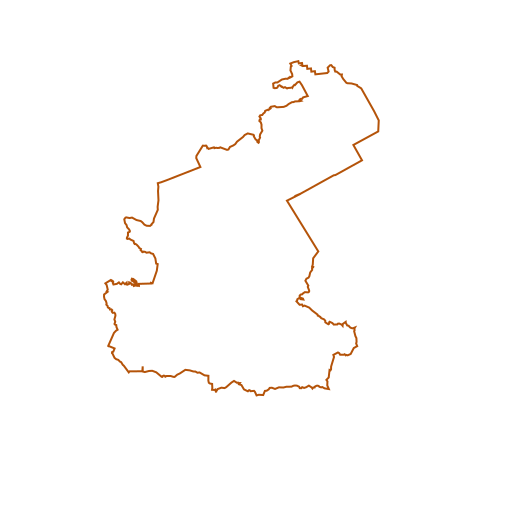 outline of San Juanito de Escobedo, Jalisco, Mexico, rotated 61°
{"feature_id": "50627088B12076447392742", "entity_name": "San Juanito de Escobedo", "entity_type": "district", "adm_level": 2, "iso_a3": "MEX", "parent_name": "Mexico", "parent_adm1": "Jalisco", "projection": "albers", "projection_center": [-104.014, 20.814], "detail": "fine", "context": "isolated", "style": "outline", "palette": "amber", "viewbox_px": 512, "rotation_deg": 61, "n_neighbors": 0, "source": "geoboundaries", "source_scale": "gbopen_adm2", "svg_char_len": 6145}
<svg xmlns="http://www.w3.org/2000/svg" viewBox="0 0 512 512"><g transform="rotate(61 256 256)"><path d="M400.0,264.2L401.1,264.0L402.5,262.7L402.7,261.6L405.0,260.2L407.7,256.8L403.7,256.4L400.3,254.3L398.5,254.5L397.5,251.3L391.3,246.9L392.1,246.3L391.5,245.3L389.1,243.9L382.1,236.7L380.0,236.3L380.1,231.1L381.4,230.3L383.1,230.3L384.9,227.1L384.9,226.1L386.4,225.7L386.4,224.8L387.3,224.0L387.6,220.7L383.9,215.1L383.9,211.2L381.0,210.8L379.9,209.7L376.5,208.0L374.3,207.9L369.3,206.6L368.7,205.7L367.2,205.2L366.5,204.1L366.2,206.4L365.2,207.6L363.9,208.4L361.9,208.8L361.0,209.9L358.0,209.9L357.1,209.5L357.5,213.1L359.0,214.1L357.5,214.4L355.4,216.0L354.9,217.2L355.3,218.0L353.7,221.2L351.7,221.7L349.2,223.5L349.4,224.1L350.8,225.2L350.8,225.8L347.9,227.4L347.4,227.5L346.2,226.8L344.4,227.2L342.0,229.1L340.3,229.3L339.9,229.8L338.6,230.2L338.1,230.9L337.0,230.6L330.9,233.3L326.9,234.5L322.9,237.6L322.7,239.3L320.8,239.2L319.8,241.5L315.2,242.6L314.9,241.6L313.9,240.9L313.7,239.2L314.0,238.0L315.3,238.0L317.0,235.7L316.0,235.6L314.0,237.4L312.8,237.6L311.8,237.0L311.4,235.6L311.9,234.1L311.5,233.1L311.3,230.8L313.1,228.0L313.0,227.0L312.4,226.4L311.1,226.1L308.1,225.7L307.3,224.6L301.6,224.8L300.3,222.9L300.4,220.6L299.6,219.2L296.7,216.6L295.4,213.6L293.8,212.9L293.6,211.5L293.3,211.2L292.4,212.0L291.0,210.5L285.7,207.1L282.2,199.3L222.6,202.1L223.1,189.9L222.7,190.4L223.1,186.6L223.1,148.9L223.7,147.3L223.7,116.9L206.1,117.0L206.3,88.7L196.9,82.9L186.7,82.5L160.4,82.7L156.3,85.0L155.5,84.7L151.4,88.8L149.2,92.3L148.3,93.0L143.4,93.9L140.3,94.0L138.9,92.9L138.2,94.3L133.8,96.1L133.1,97.3L131.4,97.0L129.4,96.0L127.9,97.3L125.6,97.6L125.1,98.7L126.0,102.0L129.9,103.1L130.5,105.0L125.9,116.0L122.9,114.9L121.6,118.2L118.6,117.0L117.2,120.4L114.3,119.2L112.5,123.1L111.4,123.8L111.6,122.9L109.5,122.2L108.3,125.2L106.1,124.5L104.8,128.9L104.3,132.7L107.0,132.7L107.1,133.6L110.4,135.9L114.5,136.2L116.5,137.1L116.5,138.9L115.9,139.4L116.5,140.3L115.9,141.0L116.4,142.4L115.3,144.1L114.2,147.7L114.6,153.2L113.6,155.0L113.5,157.4L117.4,159.1L118.3,158.3L119.1,156.4L119.0,155.6L117.9,154.0L118.1,152.5L120.3,151.7L120.2,151.3L122.2,150.4L122.4,148.8L124.5,147.6L124.5,146.7L125.8,143.9L126.0,142.4L126.3,142.4L125.6,141.4L124.9,139.5L125.4,139.1L124.2,135.6L124.6,133.4L128.8,133.0L141.2,133.2L140.1,137.9L140.9,139.4L140.3,140.5L140.3,141.9L140.9,142.8L141.4,141.7L142.2,141.3L141.7,143.0L139.7,147.0L139.6,148.5L138.9,150.0L138.9,153.7L139.4,156.5L139.0,159.5L136.3,165.2L135.8,165.9L134.0,166.9L132.7,170.6L133.1,171.9L134.0,171.7L134.1,172.1L134.0,173.5L134.3,174.0L133.9,174.1L133.5,177.6L134.7,178.8L134.9,180.5L135.7,182.1L135.0,184.1L135.7,185.4L137.9,185.1L138.9,185.6L138.5,186.6L139.5,187.6L141.5,187.0L143.8,187.5L146.8,189.2L149.5,189.7L151.6,193.4L153.3,194.8L154.4,195.0L156.1,197.5L157.9,198.3L158.2,198.9L157.0,199.5L155.2,199.0L154.0,199.8L150.3,199.9L149.5,199.3L148.7,199.5L144.8,203.8L144.7,207.3L145.6,209.6L146.8,217.2L148.1,219.9L148.3,222.3L148.0,225.9L149.5,228.5L149.1,229.9L143.6,234.6L143.7,235.5L142.9,237.3L142.0,238.4L141.5,240.1L140.6,240.1L139.3,245.6L137.4,245.9L137.5,246.2L136.0,245.9L135.1,246.2L135.0,247.0L133.7,249.0L139.6,259.6L141.4,260.8L151.2,261.5L146.4,297.5L145.5,303.3L144.7,306.6L148.1,307.8L151.7,310.2L160.0,314.3L165.3,318.2L168.0,319.5L173.8,327.1L176.6,329.2L177.6,332.1L178.0,332.2L178.3,334.1L176.5,337.0L174.5,338.4L171.3,339.1L169.5,339.9L166.6,343.1L162.3,345.8L161.5,348.2L159.3,350.8L159.2,351.6L160.0,353.4L163.8,354.6L166.1,354.2L168.5,354.8L171.2,354.1L173.1,354.2L173.6,354.8L173.4,356.6L176.1,358.1L177.4,360.0L178.2,360.5L178.9,360.0L179.3,358.4L180.8,357.8L183.5,355.8L185.6,356.4L186.7,356.3L186.9,355.6L188.3,354.9L191.0,354.2L192.4,354.2L194.1,353.2L195.0,354.1L196.5,353.5L197.4,353.6L197.8,353.2L197.7,352.1L198.7,350.9L200.0,350.2L201.2,347.2L202.7,346.6L204.3,345.0L209.4,345.2L214.2,347.0L215.4,345.9L220.8,349.9L229.7,359.7L228.6,360.8L229.2,361.1L223.6,371.9L225.4,372.9L224.3,374.1L220.1,373.0L216.8,374.4L217.0,375.1L216.2,375.1L215.7,375.5L216.4,376.4L217.4,376.6L218.6,375.7L221.5,374.6L221.9,375.0L223.2,374.6L224.1,374.8L223.2,376.0L222.9,378.3L222.8,376.9L221.6,376.9L221.0,377.5L221.0,378.5L218.7,378.7L217.6,379.7L218.9,380.4L218.7,382.8L219.0,383.2L216.6,382.1L217.1,384.3L214.5,385.2L215.4,387.6L214.6,388.3L212.6,388.7L212.9,391.2L211.8,394.5L210.0,394.3L209.5,393.4L208.4,393.4L207.6,393.9L208.1,394.2L207.8,394.6L206.6,394.8L206.9,401.0L209.0,400.7L213.6,402.0L214.6,403.8L215.4,403.3L216.0,407.5L218.0,408.7L220.3,409.4L222.5,409.1L224.1,409.4L225.3,409.8L226.0,410.5L227.7,410.0L229.1,410.5L230.1,410.0L230.5,409.4L232.0,409.7L232.6,408.3L233.7,408.0L234.7,409.1L236.2,408.9L236.9,407.3L238.5,407.2L240.1,407.9L242.8,410.6L245.3,411.0L246.8,412.7L247.8,412.5L248.6,411.7L250.5,412.5L253.4,412.8L253.5,414.7L254.4,417.5L263.5,429.5L263.3,428.5L268.3,424.5L270.5,427.2L270.3,428.5L271.1,429.0L271.4,428.8L276.5,429.1L278.5,428.3L280.1,426.8L282.4,426.2L283.5,425.4L286.6,425.3L287.8,424.8L296.1,423.7L295.6,422.5L301.7,411.3L297.6,408.6L302.1,411.1L303.6,409.5L304.7,405.3L306.1,402.4L309.4,399.6L315.9,397.1L316.3,396.5L315.8,396.0L315.9,394.6L316.8,393.8L317.6,393.8L317.6,392.4L319.6,388.8L321.7,386.8L322.3,385.8L321.6,382.4L321.8,379.7L321.3,373.0L323.9,369.4L326.6,366.8L327.7,365.0L329.7,363.8L330.5,361.8L335.4,358.9L337.7,355.7L341.9,358.1L344.0,358.7L345.2,358.1L346.6,356.4L350.1,358.1L351.7,359.3L353.0,357.3L353.1,356.3L356.0,357.1L355.2,356.6L353.8,354.0L354.4,350.1L356.3,347.5L356.3,345.7L354.8,338.8L354.6,335.8L357.7,334.1L358.0,333.1L358.6,333.0L359.3,331.7L360.0,333.0L361.8,331.3L366.8,331.2L368.4,330.1L370.4,328.7L370.0,327.3L370.3,326.6L371.6,326.3L373.0,323.1L374.2,322.8L378.2,323.1L378.7,320.9L381.1,317.1L378.3,313.6L379.0,312.0L378.8,309.5L378.0,308.0L378.9,306.0L381.5,303.8L382.0,299.6L384.3,295.8L385.1,292.8L387.5,288.3L387.6,286.3L388.1,284.8L389.2,283.1L391.3,281.6L392.8,281.8L393.6,280.4L393.1,279.2L394.7,277.9L395.1,275.8L395.0,272.6L398.1,271.0L399.3,270.9L398.8,269.6L399.4,268.5L398.8,267.9L398.8,266.5L399.0,265.4L400.0,264.2Z" fill="none" stroke="#b45309" stroke-width="2"/></g></svg>